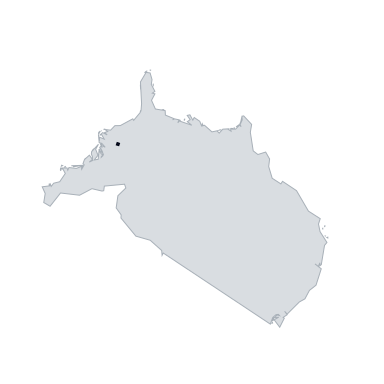 Caswell, North Carolina, United States of America (highlighted), rotated 196°
{"feature_id": "52423323B10780727675908", "entity_name": "Caswell", "entity_type": "district", "adm_level": 2, "iso_a3": "USA", "parent_name": "United States of America", "parent_adm1": "North Carolina", "projection": "albers", "projection_center": [-79.34, 36.392], "detail": "fine", "context": "in_parent", "style": "filled", "palette": "ink", "viewbox_px": 384, "rotation_deg": 196, "n_neighbors": 0, "source": "geoboundaries", "source_scale": "gbopen_adm2", "svg_char_len": 3917}
<svg xmlns="http://www.w3.org/2000/svg" viewBox="0 0 384 384"><g transform="rotate(196 192 192)"><path d="M299.2,157.9L318.1,154.8L324.5,139.2L331.6,141.0L332.7,150.1L337.4,155.7L330.5,158.7L330.3,160.5L328.9,158.5L327.4,162.3L322.0,165.4L318.9,174.9L322.4,178.5L324.6,177.9L323.9,176.2L324.6,176.9L324.9,178.8L318.8,180.7L317.4,178.7L317.0,181.6L309.7,182.8L304.4,186.8L304.9,184.7L304.3,183.4L303.1,188.4L304.6,189.2L304.3,193.5L300.8,199.1L296.7,195.9L299.0,192.4L296.3,194.8L297.5,198.6L299.2,200.7L299.6,203.1L295.1,212.1L296.4,206.5L292.5,201.4L294.8,195.8L291.2,197.6L292.7,205.7L289.0,203.3L287.8,203.6L288.9,201.0L288.8,200.3L287.6,202.3L287.5,204.0L293.1,207.0L291.9,208.5L289.4,205.7L288.5,205.3L291.6,208.6L293.0,209.3L292.2,211.3L290.5,209.8L293.2,212.8L292.6,213.3L291.2,211.7L287.8,211.1L292.1,213.9L294.8,213.8L297.7,221.2L295.1,215.5L296.0,219.2L290.9,218.6L294.6,222.2L296.4,221.1L294.2,224.5L289.3,223.5L292.3,225.2L289.7,226.9L292.8,228.1L287.3,229.0L284.4,234.5L279.2,236.1L269.1,246.0L267.8,244.8L263.8,253.9L263.4,256.1L264.8,263.0L271.9,283.6L269.1,294.3L265.1,294.9L261.4,289.0L260.8,284.2L255.4,278.5L257.4,276.1L254.7,276.1L256.2,269.0L250.1,261.7L240.2,262.8L238.8,258.6L229.3,257.5L230.6,256.0L228.8,257.5L224.4,257.8L224.7,254.6L223.7,256.8L210.6,256.1L215.9,258.3L213.7,261.0L217.7,264.3L215.3,265.6L211.0,261.3L210.4,264.2L204.0,262.1L200.9,258.0L198.4,259.6L189.4,255.3L183.3,258.5L184.8,257.6L182.1,256.1L179.7,260.9L173.4,263.1L174.9,262.3L171.2,261.2L172.2,263.1L167.4,264.4L164.7,269.5L162.8,268.3L164.3,270.1L163.6,275.2L164.9,278.6L163.3,279.4L153.3,273.4L152.4,265.5L144.5,248.4L139.0,246.2L132.2,250.7L126.5,245.1L125.3,237.6L118.7,227.3L108.8,224.3L107.9,227.2L91.9,222.1L74.8,205.7L61.4,201.7L61.6,196.1L58.0,189.2L48.4,180.7L49.9,177.2L47.7,157.8L48.7,156.3L49.6,159.2L50.0,155.3L54.0,156.8L46.6,153.8L47.1,136.6L52.0,129.8L54.0,120.4L58.5,115.9L66.9,100.8L70.1,102.9L66.7,100.3L69.8,96.6L68.5,96.1L70.4,86.2L77.8,91.8L74.1,95.6L78.3,93.6L76.2,97.3L73.8,97.3L75.2,98.2L77.4,97.3L79.8,93.6L80.3,86.6L202.8,125.4L203.3,122.9L205.0,127.4L218.9,134.1L233.8,134.1L253.1,147.4L253.8,150.5L260.5,155.8L262.2,168.0L256.7,177.6L259.0,180.9L277.9,173.5L277.2,168.9L278.8,168.1L289.1,167.6L299.2,157.9ZM312.1,184.7L315.2,184.0L304.2,187.6L313.2,183.5L312.1,184.7ZM79.2,90.6L79.2,93.5L78.9,93.9L78.3,91.3L79.2,90.6ZM164.8,277.7L164.2,273.0L164.8,270.5L164.5,273.2L164.8,277.7ZM331.3,159.0L331.4,160.4L330.8,160.2L331.3,159.0ZM200.8,259.3L200.9,260.4L200.0,259.4L200.8,259.3ZM51.0,186.5L52.5,186.5L51.0,186.5ZM49.8,185.5L49.0,186.0L48.8,185.2L49.8,185.5ZM321.6,180.7L320.8,181.6L320.6,181.4L321.6,180.7ZM166.1,268.3L164.9,270.2L167.6,266.7L166.1,268.3ZM269.8,276.8L271.2,280.9L269.6,276.4L269.8,276.8ZM56.3,192.5L56.4,193.7L56.1,192.5L56.3,192.5ZM269.7,294.9L268.4,296.2L270.5,293.5L269.7,294.9ZM298.1,223.7L296.9,225.4L297.8,221.5L298.1,223.7ZM79.0,88.0L78.7,88.8L78.4,88.2L79.0,88.0ZM172.1,263.9L169.9,264.4L172.2,263.6L172.1,263.9ZM324.7,180.8L324.7,181.8L323.7,181.7L324.7,180.8ZM55.0,195.3L55.0,196.7L54.8,195.4L55.0,195.3ZM169.3,265.1L168.3,265.5L169.2,264.8L169.3,265.1ZM299.2,204.8L297.9,207.0L299.3,204.0L299.2,204.8ZM182.5,259.3L181.0,259.9L183.2,258.8L182.5,259.3ZM264.0,254.9L263.7,256.6L263.6,255.4L264.0,254.9ZM293.3,228.4L292.8,228.7L294.1,227.4L293.3,228.4ZM243.8,262.7L242.1,263.4L241.4,263.2L243.8,262.7ZM223.8,257.5L223.5,257.7L222.6,257.6L223.8,257.5ZM258.9,284.3L259.1,285.5L258.7,284.1L258.9,284.3ZM219.4,259.4L219.0,260.5L219.1,258.5L219.4,259.4ZM265.8,297.7L264.9,297.8L266.2,297.4L265.8,297.7ZM304.1,194.2L303.5,195.3L304.2,193.8L304.1,194.2ZM296.0,225.7L295.4,226.1L296.0,225.7Z" fill="#d9dde1" stroke="#a8b0b8" stroke-width="1"/><path d="M277.4,218.7L277.5,216.6L277.1,216.6L276.8,216.6L276.3,216.6L275.8,216.6L275.6,216.6L275.4,216.6L275.3,218.6L276.1,218.7L276.4,218.7L276.8,218.7L277.4,218.7Z" fill="#0f172a" stroke="#020617" stroke-width="1.5"/></g></svg>